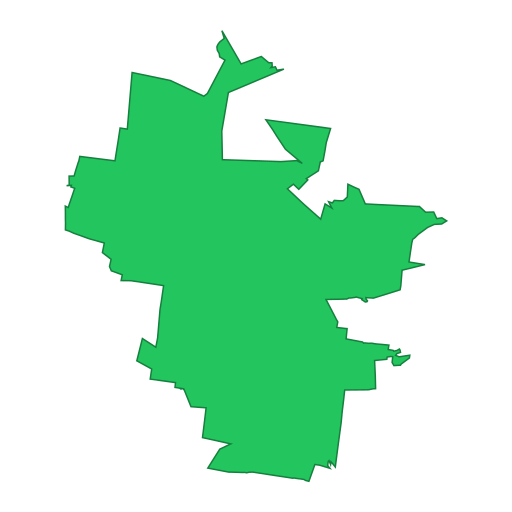 General Cepeda, Coahuila, Mexico (Albers equal-area conic projection)
{"feature_id": "50627088B43418129703441", "entity_name": "General Cepeda", "entity_type": "district", "adm_level": 2, "iso_a3": "MEX", "parent_name": "Mexico", "parent_adm1": "Coahuila", "projection": "albers", "projection_center": [-101.488, 25.544], "detail": "fine", "context": "isolated", "style": "filled", "palette": "green", "viewbox_px": 512, "rotation_deg": 0, "n_neighbors": 0, "source": "geoboundaries", "source_scale": "gbopen_adm2", "svg_char_len": 4013}
<svg xmlns="http://www.w3.org/2000/svg" viewBox="0 0 512 512"><path d="M373.5,298.1L400.1,289.8L400.8,286.0L402.1,270.2L420.1,265.8L425.0,264.6L409.0,262.0L410.5,251.6L410.6,251.0L411.8,243.1L412.7,239.3L414.8,237.8L418.2,234.4L427.7,227.4L431.0,225.9L434.3,224.4L441.7,224.0L446.7,220.9L441.9,217.8L436.8,218.6L433.7,212.0L425.6,212.2L419.3,206.4L418.5,206.5L374.5,204.4L365.3,203.9L359.0,189.3L353.8,187.0L347.9,184.2L347.3,197.0L343.8,200.2L343.2,200.7L342.2,200.7L340.5,200.8L334.3,200.4L332.4,202.9L328.6,201.7L331.8,208.0L325.1,203.9L321.9,215.0L320.7,219.2L320.4,218.9L303.8,204.2L287.4,188.8L293.4,184.2L298.8,189.3L307.8,179.9L306.3,178.6L318.4,170.8L320.3,161.9L320.7,161.8L322.4,161.1L323.1,160.8L324.9,151.1L326.3,142.5L330.6,128.5L265.9,119.8L272.5,129.4L276.9,136.4L285.4,149.2L302.3,163.4L296.7,160.6L281.0,161.6L222.4,159.7L221.8,131.0L228.4,92.5L283.9,69.1L277.0,70.2L275.4,66.8L270.9,67.6L272.2,66.0L272.0,62.8L268.7,62.7L261.3,56.5L241.1,63.9L221.9,30.7L224.2,38.4L222.1,40.1L219.9,41.8L218.4,43.7L217.4,45.5L216.9,46.9L217.3,50.2L219.2,53.6L219.7,56.9L225.0,60.1L207.4,93.5L203.8,96.2L170.4,80.5L132.1,72.5L130.6,90.2L127.3,129.1L120.1,128.0L118.2,140.5L115.5,157.4L115.0,160.8L111.6,160.4L110.9,160.3L79.8,156.4L78.7,161.6L78.4,161.9L75.6,170.7L74.1,176.0L69.1,176.1L69.2,185.3L66.9,185.5L66.7,185.5L67.1,185.7L69.7,185.5L71.4,185.3L70.9,186.9L74.7,188.3L74.1,190.0L73.2,192.7L71.6,197.5L71.0,199.0L70.7,200.2L70.4,201.0L69.6,203.2L68.4,207.0L68.2,207.5L65.3,206.1L65.4,212.8L65.4,213.4L65.4,214.0L65.4,214.6L65.4,215.1L65.4,215.7L65.4,217.0L65.4,217.5L65.4,218.0L65.4,218.6L65.4,219.2L65.4,219.7L65.5,222.8L65.4,229.9L69.1,231.1L73.7,233.2L89.3,238.8L104.3,243.0L102.4,252.6L111.1,259.3L109.5,266.5L111.3,270.8L122.3,274.8L121.1,280.6L130.9,280.7L153.1,284.0L163.6,285.6L161.3,301.5L160.1,308.9L159.9,310.9L158.6,326.2L158.6,326.3L157.6,337.9L157.1,340.6L155.8,347.2L142.4,338.5L136.8,360.8L151.7,369.0L150.2,379.1L175.5,382.6L175.0,387.4L181.3,388.4L180.7,388.9L181.0,389.1L181.7,388.8L182.1,388.6L183.7,388.8L183.6,389.5L184.2,389.8L191.0,406.7L196.5,407.1L198.9,407.3L206.1,407.8L204.8,418.9L202.5,437.6L230.8,443.9L219.8,449.1L207.8,468.1L217.8,470.0L228.7,472.1L230.7,472.1L243.0,472.5L244.7,472.4L246.7,472.8L249.2,472.2L252.8,472.1L276.9,475.8L288.2,477.5L290.8,477.9L292.4,478.2L292.6,478.2L293.9,478.0L294.5,478.1L297.1,478.5L297.8,478.6L299.4,478.8L299.6,478.8L303.1,479.3L304.1,479.5L305.4,480.4L308.9,481.3L314.9,464.5L319.7,465.2L329.9,468.3L327.7,465.6L328.2,461.4L329.0,460.6L330.6,464.6L331.0,461.8L332.6,463.6L335.3,467.0L338.1,445.3L341.1,423.0L341.2,422.2L341.8,415.8L341.9,415.0L341.9,414.2L342.0,413.6L342.1,412.8L342.4,410.0L342.5,409.0L342.7,407.6L343.7,399.2L344.7,390.0L366.9,389.8L369.1,389.7L370.6,389.3L373.3,388.8L375.6,388.7L375.3,376.0L374.6,360.5L386.8,359.3L387.1,357.4L387.2,357.0L391.0,356.5L392.7,356.7L392.1,362.5L392.8,363.7L392.9,363.8L393.9,365.6L400.5,365.2L401.1,364.1L409.4,358.0L409.8,355.2L399.1,356.8L397.5,356.1L395.6,355.4L396.6,354.0L396.9,353.6L398.3,353.1L399.6,352.7L400.5,352.4L400.3,351.4L400.2,350.9L400.1,350.4L399.7,349.4L399.4,349.0L398.6,349.5L396.9,350.5L395.8,350.7L393.8,351.2L393.2,350.4L390.5,349.9L388.2,349.5L388.6,347.0L388.9,345.1L381.8,344.4L375.9,343.9L371.8,343.2L371.0,343.2L368.1,343.3L367.0,343.1L364.6,342.9L363.6,343.2L363.1,342.5L362.5,342.0L351.5,339.9L346.1,338.9L347.1,328.6L345.7,328.5L340.7,327.9L339.5,327.8L338.0,327.6L336.7,327.5L337.8,321.9L336.4,319.5L334.5,315.8L334.3,315.4L333.8,314.4L332.1,311.2L331.8,310.6L331.4,309.7L330.8,308.7L330.6,308.3L329.8,306.7L329.1,305.4L326.0,299.5L328.6,299.4L329.3,299.4L340.5,299.2L341.5,299.2L341.8,299.2L343.5,299.1L343.9,299.1L345.7,299.0L346.6,299.1L348.4,298.3L348.9,298.0L350.5,298.0L351.4,297.9L355.1,297.4L356.2,297.0L356.3,297.1L362.1,298.6L361.7,299.6L362.3,300.0L363.1,300.5L365.3,302.0L365.6,302.0L366.4,301.8L366.8,301.8L367.0,301.7L367.5,300.9L366.0,299.0L365.9,297.6L366.5,297.7L373.5,298.1Z" fill="#22c55e" stroke="#15803d" stroke-width="1.5"/></svg>